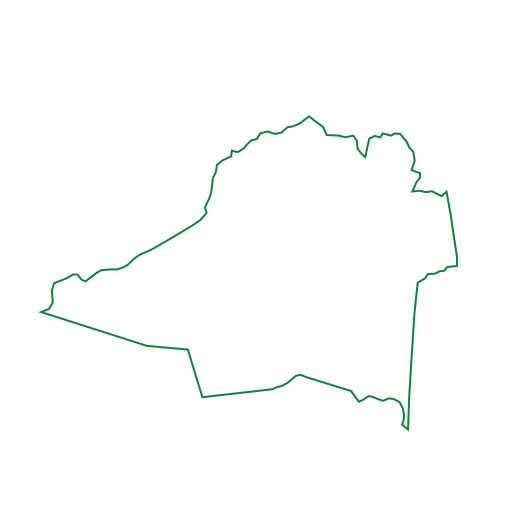 the district of Ereré, Ceará, Brazil, rotated 192°
{"feature_id": "56859067B52861098652317", "entity_name": "Ereré", "entity_type": "district", "adm_level": 2, "iso_a3": "BRA", "parent_name": "Brazil", "parent_adm1": "Ceará", "projection": "albers", "projection_center": [-38.316, -5.99], "detail": "fine", "context": "isolated", "style": "outline", "palette": "green", "viewbox_px": 512, "rotation_deg": 192, "n_neighbors": 0, "source": "geoboundaries", "source_scale": "gbopen_adm2", "svg_char_len": 1627}
<svg xmlns="http://www.w3.org/2000/svg" viewBox="0 0 512 512"><g transform="rotate(192 256 256)"><path d="M454.6,156.5L344.2,145.4L303.2,150.3L283.0,113.8L279.0,106.7L261.4,112.7L221.4,126.0L211.9,129.3L208.5,132.0L203.6,134.3L198.6,138.6L195.2,143.1L191.9,147.2L187.4,149.1L182.0,148.0L135.0,143.7L125.1,134.8L121.0,137.9L116.6,142.5L112.2,142.4L107.5,141.5L101.6,140.8L96.1,144.5L91.1,144.6L85.4,143.1L81.0,137.9L78.3,131.5L77.4,126.7L78.1,121.5L71.2,117.9L76.6,148.4L81.9,183.5L84.7,202.8L89.0,231.9L92.3,263.6L86.0,269.3L84.0,274.1L77.2,275.9L73.1,279.4L68.9,280.6L66.8,284.8L62.2,286.5L57.4,287.9L58.9,296.0L67.7,319.4L73.8,335.9L83.0,358.5L86.9,353.1L97.4,355.9L103.0,353.8L109.9,353.8L116.5,351.6L114.4,361.4L112.0,366.5L112.7,371.1L121.6,372.4L120.6,382.3L123.9,390.7L128.4,393.8L132.4,399.1L140.2,405.3L145.7,404.8L148.8,401.9L157.6,402.2L159.0,397.9L164.9,398.1L169.6,394.3L169.7,388.7L169.7,375.5L173.9,377.9L178.9,381.9L181.3,389.6L185.8,393.9L193.4,390.7L200.2,391.0L212.0,389.0L217.3,396.2L225.8,400.0L233.2,403.6L240.6,394.8L247.0,390.4L252.1,388.4L256.7,381.9L263.3,379.3L270.3,380.2L277.3,376.9L279.5,370.7L284.9,367.8L288.5,362.4L290.4,358.5L295.4,353.8L301.5,354.0L301.0,348.3L308.4,342.8L313.1,337.1L312.7,330.1L314.3,323.0L313.3,312.6L313.3,304.6L316.0,292.9L313.3,287.7L317.9,279.6L324.8,272.4L347.3,251.5L360.3,240.0L365.6,236.2L370.7,232.4L374.8,227.8L379.8,220.5L383.6,217.1L389.6,213.8L394.9,212.8L404.2,210.0L408.4,206.4L417.5,195.7L421.8,196.6L426.7,200.7L431.1,199.9L436.5,194.9L447.9,187.3L448.4,179.4L445.1,168.2L447.4,161.3L454.6,156.5Z" fill="none" stroke="#15803d" stroke-width="2"/></g></svg>